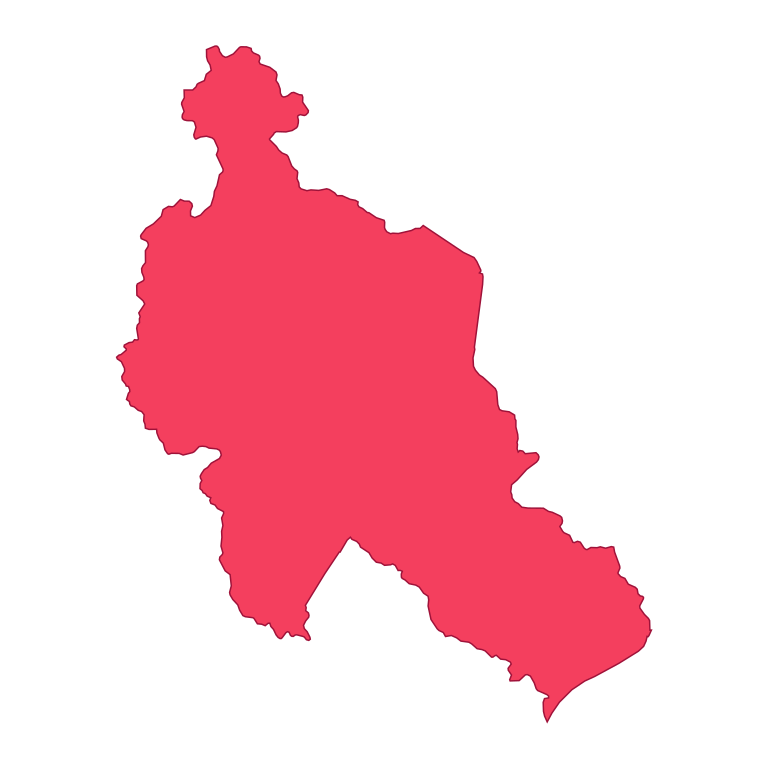 outline of Salitre, Guayas, Ecuador
{"feature_id": "8360857B73646233564804", "entity_name": "Salitre", "entity_type": "district", "adm_level": 2, "iso_a3": "ECU", "parent_name": "Ecuador", "parent_adm1": "Guayas", "projection": "albers", "projection_center": [-79.812, -1.795], "detail": "fine", "context": "isolated", "style": "filled", "palette": "rose", "viewbox_px": 768, "rotation_deg": 0, "n_neighbors": 0, "source": "geoboundaries", "source_scale": "gbopen_adm2", "svg_char_len": 6083}
<svg xmlns="http://www.w3.org/2000/svg" viewBox="0 0 768 768"><path d="M474.1,257.6L463.5,252.5L423.2,225.5L420.1,228.4L415.4,228.5L411.4,230.5L398.4,233.5L392.8,233.2L390.5,233.7L386.8,231.8L385.1,229.3L384.5,227.5L384.7,222.2L384.1,220.3L376.3,217.7L368.9,212.7L367.2,212.5L362.7,208.6L358.9,206.8L357.7,204.6L358.1,201.9L355.3,200.3L350.1,199.3L342.1,195.7L337.1,195.7L334.7,192.9L329.5,189.6L326.7,188.8L318.7,190.4L310.9,189.9L306.9,190.7L301.1,188.9L299.2,186.9L298.8,182.9L297.0,178.7L297.7,172.4L297.1,170.9L294.3,168.9L291.7,165.9L288.1,156.6L286.8,155.0L282.1,153.0L278.7,150.0L276.4,146.5L269.6,139.7L269.5,138.9L273.6,134.3L274.1,133.1L276.3,131.6L286.0,131.9L292.2,130.5L296.5,127.8L297.5,126.4L298.3,122.8L298.4,120.1L297.6,116.9L298.1,115.6L300.2,114.6L304.3,115.5L305.9,114.9L308.1,112.6L308.4,110.6L302.6,102.1L302.8,97.2L302.0,95.0L299.2,94.7L293.8,92.4L291.5,92.8L287.7,95.8L285.1,96.8L283.4,97.0L281.8,96.1L280.4,93.2L280.1,89.0L278.3,83.9L276.0,80.5L277.0,74.9L276.0,72.0L269.8,67.3L260.2,64.0L259.0,61.7L260.0,58.3L259.6,56.2L258.5,55.1L253.4,52.9L251.6,51.0L251.1,48.4L246.6,46.9L240.9,46.8L239.5,47.4L233.4,53.9L227.3,56.9L225.3,57.3L222.4,55.7L219.5,51.3L219.3,49.5L218.0,47.0L216.9,46.1L215.0,46.1L206.5,49.6L206.6,56.9L207.6,60.8L210.1,65.0L211.2,70.4L206.3,74.3L204.4,80.6L198.4,83.3L197.1,84.3L196.0,86.9L192.7,90.0L184.1,90.0L184.3,97.8L181.8,102.4L181.6,104.2L184.1,111.5L182.4,114.7L182.1,117.1L182.6,118.7L184.1,119.9L187.0,120.6L192.5,120.7L194.4,122.0L196.0,127.3L193.8,134.8L194.2,137.1L195.3,138.8L195.9,139.1L200.5,137.0L206.5,136.2L212.2,137.9L214.2,139.6L218.1,148.3L217.9,150.9L216.4,154.8L223.0,168.9L223.1,170.6L222.6,172.0L219.5,174.7L217.0,185.8L214.4,191.3L213.8,196.4L210.9,205.6L205.0,210.3L200.6,215.1L194.8,217.6L190.6,215.8L190.5,210.9L192.4,206.2L191.8,203.6L189.2,201.2L184.3,201.1L180.4,199.5L174.1,206.1L172.4,206.8L168.5,206.4L163.1,209.6L161.3,216.3L153.4,223.9L146.1,228.3L141.2,234.7L140.6,236.1L141.2,238.6L146.4,240.9L147.7,242.3L148.4,244.8L147.9,246.8L145.4,250.7L145.5,262.6L142.9,265.8L141.6,268.6L141.9,272.4L143.8,277.1L144.1,279.6L143.0,280.9L137.4,283.9L136.7,285.7L136.9,295.3L143.1,300.8L144.7,304.0L138.8,312.9L140.2,316.7L139.4,318.7L139.5,322.7L137.3,325.2L136.7,328.4L138.4,338.9L138.1,339.6L137.0,340.0L134.5,339.7L132.6,342.1L129.0,342.6L124.3,345.1L124.0,346.8L126.3,349.0L126.2,350.2L121.1,354.5L118.8,355.2L116.6,357.2L117.3,358.9L121.4,361.7L124.5,368.3L124.6,371.5L121.8,376.5L122.2,380.0L125.5,384.0L126.2,386.0L128.5,386.5L129.7,389.7L129.8,391.6L128.4,393.3L126.5,399.5L129.4,401.5L129.8,404.0L130.9,405.8L134.3,406.9L138.2,410.3L141.6,411.5L144.1,414.7L143.7,420.9L145.0,424.2L145.4,428.2L149.0,429.4L156.6,429.3L156.9,432.9L158.8,437.9L159.8,439.8L163.3,443.1L165.0,449.9L167.6,453.7L168.9,454.2L171.4,453.3L179.2,453.4L183.1,455.0L192.6,452.6L194.4,451.6L199.1,446.6L202.3,446.2L206.0,446.6L209.0,448.1L216.8,448.9L219.4,450.2L220.4,451.7L221.3,455.1L219.5,458.5L211.2,463.2L207.6,467.5L204.2,469.6L201.6,473.4L200.2,476.2L200.5,478.1L201.8,480.5L200.2,483.5L200.0,488.7L202.2,490.6L203.1,492.7L205.4,493.7L207.2,496.2L210.8,497.7L209.8,500.4L210.9,503.4L215.0,505.0L217.5,508.5L223.5,511.6L223.6,513.6L221.6,518.0L222.9,525.5L221.6,531.3L221.9,537.4L221.0,546.1L222.9,552.8L222.4,554.4L219.8,557.1L219.4,559.8L225.2,570.9L230.1,574.6L231.3,585.9L229.6,592.4L230.1,594.9L232.8,599.5L237.8,604.9L239.6,610.1L242.9,615.6L245.3,616.7L252.9,617.7L254.0,618.4L257.4,623.8L261.7,624.2L265.2,625.7L268.1,623.3L269.8,623.2L270.9,626.5L273.5,629.4L276.1,634.9L278.1,637.4L279.9,638.5L281.1,638.6L282.1,637.8L286.0,632.6L287.5,631.7L289.1,632.3L290.5,635.4L291.8,636.3L293.3,636.4L295.2,635.0L296.7,634.8L302.9,636.4L304.4,637.1L306.4,639.7L308.8,640.4L310.3,639.2L309.9,637.2L307.2,631.8L304.3,628.6L303.5,625.3L305.7,620.9L308.7,617.2L309.0,615.3L308.4,612.9L305.7,610.7L306.2,607.7L305.4,605.3L324.9,573.5L339.3,552.0L340.1,552.1L347.2,540.0L350.4,537.2L351.9,539.3L356.7,541.4L359.3,544.1L360.5,547.1L369.0,552.7L372.1,558.0L376.3,562.2L381.2,563.1L384.5,565.3L390.6,564.8L392.6,563.9L395.3,565.4L398.1,570.5L400.3,570.4L402.3,571.3L401.3,574.0L401.4,577.2L402.2,578.4L405.1,580.0L409.2,583.7L415.8,585.1L419.3,587.1L423.6,593.2L428.1,596.2L428.7,599.9L428.1,606.0L431.0,619.5L437.2,628.8L439.0,630.5L443.3,632.5L445.5,636.5L451.4,635.5L456.6,637.8L460.9,641.1L468.9,642.2L471.7,643.9L477.1,648.7L482.1,649.6L485.2,650.9L491.5,657.1L492.9,657.1L495.0,655.6L496.4,655.3L500.6,659.1L505.8,659.7L510.4,662.1L511.2,664.1L508.1,668.3L508.3,670.3L511.5,675.0L509.7,679.7L510.1,680.9L519.2,680.6L525.4,674.8L527.4,674.6L530.4,676.1L534.2,682.8L536.2,688.7L537.6,690.5L547.1,694.7L548.6,696.0L548.6,697.9L544.5,698.6L543.2,702.3L543.5,711.4L544.6,716.1L547.2,721.9L551.9,713.1L559.4,702.2L571.9,689.7L584.8,681.0L594.6,676.5L619.1,663.2L638.4,651.2L643.6,646.4L646.0,641.2L647.1,636.4L647.9,636.8L648.9,635.7L651.4,630.1L649.9,630.1L649.6,620.6L648.4,618.4L644.4,614.4L639.9,608.1L639.7,605.9L643.4,598.8L643.5,597.3L642.5,596.4L640.2,595.9L638.0,593.7L637.2,589.2L635.3,587.3L628.3,584.2L624.9,578.4L620.7,576.6L618.1,573.7L618.0,572.7L619.9,568.1L619.7,566.1L614.6,552.1L613.7,547.1L611.3,546.6L605.6,548.2L600.3,546.8L597.1,547.7L590.9,547.5L587.1,549.6L585.8,549.4L584.1,548.1L580.3,542.2L577.5,541.3L574.4,542.6L572.9,542.3L569.6,535.3L564.1,532.8L562.7,531.4L559.8,526.5L562.0,523.4L562.5,520.9L561.7,517.4L560.0,515.9L552.3,512.3L548.5,511.4L543.4,508.2L528.1,508.1L521.8,507.2L518.3,503.6L514.7,501.7L512.1,498.0L511.8,494.7L510.7,491.9L511.6,484.7L517.2,479.9L526.7,469.4L536.5,462.1L538.4,459.6L539.0,456.9L538.2,454.8L536.0,452.7L525.2,453.7L522.8,451.1L519.8,450.5L518.2,452.0L517.1,448.8L517.5,444.5L517.0,442.5L518.0,438.8L517.7,434.4L515.9,427.0L515.9,420.4L514.9,418.8L514.6,415.1L509.2,411.8L502.1,410.8L499.5,409.5L497.8,404.6L496.7,391.7L495.3,388.6L482.8,377.2L479.4,375.0L475.4,370.2L473.5,366.3L473.0,357.9L474.8,349.5L474.4,347.1L482.6,284.4L483.0,276.8L482.5,274.0L479.4,272.9L480.8,271.2L480.8,270.1L476.8,261.5L474.1,257.6Z" fill="#f43f5e" stroke="#9f1239" stroke-width="1.5"/></svg>